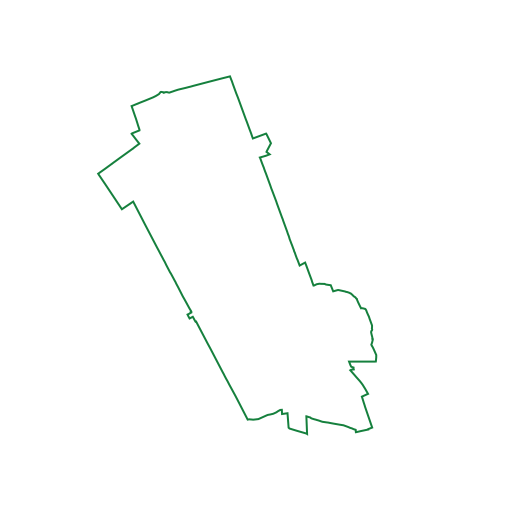 the district of Costesti, Buzau, Romania, rotated 115°
{"feature_id": "2599482B55165348658592", "entity_name": "Costesti", "entity_type": "district", "adm_level": 2, "iso_a3": "ROU", "parent_name": "Romania", "parent_adm1": "Buzau", "projection": "orthographic", "projection_center": [26.756, 45.052], "detail": "fine", "context": "isolated", "style": "outline", "palette": "green", "viewbox_px": 512, "rotation_deg": 115, "n_neighbors": 0, "source": "geoboundaries", "source_scale": "gbopen_adm2", "svg_char_len": 5291}
<svg xmlns="http://www.w3.org/2000/svg" viewBox="0 0 512 512"><g transform="rotate(115 256 256)"><path d="M248.1,433.8L249.0,432.5L249.2,432.1L255.8,421.1L270.3,397.3L258.6,390.3L267.7,378.5L274.2,370.1L282.6,359.1L290.4,348.9L292.1,346.6L293.7,344.5L295.0,342.8L296.7,340.5L298.7,337.9L299.9,336.2L302.2,333.4L307.4,326.6L307.6,326.1L311.1,321.4L312.3,319.8L312.7,319.3L313.5,318.1L313.8,317.8L315.1,316.2L317.1,313.5L323.6,305.2L324.8,303.5L325.5,302.5L325.8,302.1L327.4,299.9L331.6,294.2L332.6,292.7L333.2,291.8L333.9,291.0L334.4,291.4L334.8,290.9L335.3,291.3L335.7,291.6L336.8,292.3L338.0,293.3L339.3,291.7L340.7,289.8L337.8,287.6L338.5,286.6L339.1,285.8L340.6,283.8L341.1,283.0L340.7,282.6L341.3,281.8L342.6,280.1L355.8,262.8L358.9,258.6L375.3,237.2L375.6,236.8L376.6,235.4L377.9,233.8L379.8,231.3L381.5,228.9L383.9,225.8L386.7,222.0L391.5,215.5L394.1,212.1L407.8,194.4L406.9,193.2L405.5,189.3L402.8,184.9L397.7,180.5L397.0,179.9L395.4,178.5L395.0,178.1L393.6,176.1L391.7,173.7L389.1,171.5L387.4,170.5L385.3,169.0L384.5,167.6L388.2,165.6L388.0,165.3L385.2,161.0L397.8,153.9L398.2,152.7L397.2,145.5L395.6,135.3L395.7,134.5L380.4,142.4L380.3,142.5L380.0,142.6L379.9,142.1L379.7,140.2L379.4,138.5L379.7,137.7L379.7,136.8L379.4,134.5L379.2,133.4L379.0,132.4L379.0,132.0L378.7,130.3L378.5,128.7L378.4,127.5L378.3,126.6L378.2,125.8L377.0,121.8L376.5,120.3L376.0,118.2L375.2,115.1L373.4,108.5L372.4,105.0L372.4,104.5L372.2,102.3L372.0,99.8L372.0,98.2L371.7,96.3L371.7,94.4L371.4,92.2L371.9,91.9L373.4,91.1L373.5,91.0L373.1,90.5L372.5,89.7L370.6,87.3L365.8,80.9L365.4,81.1L365.1,80.8L362.4,78.2L346.1,93.9L345.9,94.0L342.9,96.8L342.0,97.6L338.7,100.6L333.6,96.2L332.9,97.2L332.6,97.6L332.4,97.9L330.2,101.0L328.9,103.0L327.7,104.8L326.6,106.8L325.4,109.2L323.3,114.1L322.2,116.5L321.5,118.1L321.1,119.0L320.4,120.6L319.8,122.0L319.7,121.9L319.5,122.1L319.1,121.8L318.7,121.4L318.4,121.0L318.1,120.6L317.9,120.1L317.5,119.5L317.4,119.6L317.0,119.9L316.8,120.0L316.7,120.1L316.4,120.3L316.0,120.6L315.9,120.6L316.1,122.5L316.1,122.8L316.0,123.1L315.0,124.3L312.4,127.0L308.9,119.5L306.4,114.2L303.9,108.9L302.4,105.6L301.9,104.5L301.0,102.8L299.8,103.2L297.3,104.1L295.5,104.9L294.9,105.2L290.6,110.1L289.7,111.2L288.5,112.8L288.5,113.0L287.6,114.0L285.5,114.2L282.4,114.8L281.8,115.2L281.9,115.6L280.7,116.1L278.0,118.3L276.7,119.3L276.0,119.6L275.5,119.7L275.0,119.7L274.6,119.5L274.2,119.5L273.6,119.6L273.2,119.9L272.6,120.4L271.6,120.7L271.2,120.9L270.7,121.1L269.9,121.5L269.7,121.7L268.9,122.5L268.5,122.9L266.6,124.8L266.1,125.3L265.0,126.4L263.6,127.7L263.0,128.3L262.3,129.2L260.2,131.6L258.6,133.2L257.9,134.3L257.8,134.8L258.0,135.4L258.0,135.9L258.3,137.1L258.6,138.2L259.0,138.7L256.6,141.7L254.7,144.0L253.0,145.9L252.3,146.4L252.2,146.9L252.2,147.2L251.9,147.7L251.7,148.0L251.5,148.4L251.4,148.8L251.4,149.0L251.3,149.6L251.3,149.9L251.2,150.3L251.1,150.7L250.9,151.2L250.4,152.5L250.1,153.6L249.9,154.3L250.0,154.8L249.9,155.6L250.0,156.8L250.1,157.9L250.5,159.6L250.5,160.3L252.0,166.9L252.3,167.5L255.4,171.1L250.9,175.9L251.1,176.6L251.3,177.2L252.2,180.2L252.3,180.7L252.3,181.2L252.3,181.9L252.4,182.1L252.5,182.6L252.8,183.1L253.2,184.0L253.9,185.7L254.3,186.7L254.5,187.1L254.9,187.6L255.8,188.9L256.1,189.2L257.2,190.1L258.3,191.0L258.5,191.4L255.7,194.2L254.2,195.5L249.1,200.7L247.7,202.1L246.0,203.8L244.5,205.3L243.2,206.6L241.2,208.7L246.2,212.4L241.6,217.1L241.5,217.3L241.0,217.9L240.6,218.3L238.1,220.8L236.4,222.4L236.0,223.0L235.4,223.6L234.9,224.0L234.2,224.6L233.8,225.1L233.3,225.6L231.9,227.0L230.9,228.0L229.6,229.4L228.6,230.4L226.7,232.4L225.6,233.4L225.3,233.6L224.6,234.3L224.0,234.8L223.1,235.8L222.0,236.9L220.8,238.0L219.6,239.2L218.9,239.9L218.4,240.4L216.9,241.9L216.0,242.8L215.0,243.8L214.3,244.5L213.8,245.0L213.2,245.6L212.4,246.4L211.6,247.1L210.1,248.7L207.9,250.9L206.4,252.4L199.5,259.3L198.1,260.6L189.7,269.2L188.4,270.6L186.1,272.8L182.9,276.0L180.7,278.2L179.3,279.6L177.5,281.4L176.8,282.1L175.8,283.2L174.9,284.1L173.8,285.2L172.7,286.2L171.6,287.4L169.4,289.7L165.4,293.7L165.1,294.1L161.0,289.4L158.1,286.6L157.2,290.5L155.7,290.5L147.5,290.1L141.2,297.9L140.8,298.6L150.8,308.5L148.9,310.4L146.9,312.3L143.2,316.1L140.4,318.9L138.3,321.0L136.3,323.1L131.7,327.7L128.6,330.8L124.1,335.3L122.2,337.2L120.1,339.3L116.9,342.7L115.2,344.4L114.0,345.6L110.1,349.5L107.7,351.8L106.9,352.7L104.2,355.5L105.2,356.7L109.5,362.0L117.9,372.2L128.6,385.1L128.9,385.4L129.3,385.9L130.1,386.8L131.2,388.2L131.7,388.8L133.6,391.1L136.2,394.4L137.3,395.8L138.2,396.9L139.4,398.2L140.8,399.7L141.4,400.3L142.0,400.9L143.1,402.1L144.5,403.5L144.8,404.3L145.1,406.0L145.3,406.3L145.6,407.0L146.0,407.5L146.1,407.8L146.5,408.0L146.9,408.4L147.1,408.6L147.1,408.8L147.0,409.0L146.8,409.3L146.8,409.6L147.0,409.9L147.2,410.8L147.4,411.4L147.8,411.8L150.3,412.4L153.3,414.4L155.7,416.3L161.9,422.0L165.8,425.7L172.7,432.1L180.7,424.4L182.1,423.0L185.8,419.6L187.7,417.9L189.8,415.9L190.9,414.9L191.4,414.7L197.3,420.2L197.8,420.4L199.0,418.0L201.5,413.2L202.2,411.8L203.0,410.2L203.5,409.2L209.1,412.2L210.0,412.6L225.2,421.1L230.3,423.9L230.6,424.1L232.1,424.9L240.5,429.5L242.8,430.8L243.8,431.4L244.3,431.6L244.9,432.0L246.1,432.7L246.3,432.8L246.6,432.9L247.0,433.2L247.5,433.4L248.1,433.8Z" fill="none" stroke="#15803d" stroke-width="2"/></g></svg>